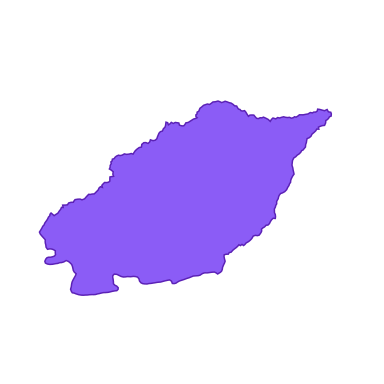 outline of Tapira, Minas Gerais, Brazil, rotated 138°
{"feature_id": "56859067B4018711092229", "entity_name": "Tapira", "entity_type": "district", "adm_level": 2, "iso_a3": "BRA", "parent_name": "Brazil", "parent_adm1": "Minas Gerais", "projection": "mercator", "projection_center": [-46.869, -19.913], "detail": "fine", "context": "isolated", "style": "filled", "palette": "violet", "viewbox_px": 384, "rotation_deg": 138, "n_neighbors": 0, "source": "geoboundaries", "source_scale": "gbopen_adm2", "svg_char_len": 5332}
<svg xmlns="http://www.w3.org/2000/svg" viewBox="0 0 384 384"><g transform="rotate(138 192 192)"><path d="M96.3,148.1L93.6,149.2L91.3,148.8L89.2,149.0L86.6,148.6L84.4,148.8L82.9,149.4L81.4,148.9L79.6,149.2L77.6,149.5L75.8,151.2L73.8,152.3L72.4,153.5L70.7,154.7L68.6,153.9L66.3,153.8L64.2,154.7L61.2,154.6L59.0,154.7L57.2,155.3L55.7,153.8L54.7,155.6L53.0,155.1L50.9,154.2L48.9,152.8L46.5,153.9L44.7,155.6L42.9,155.2L41.0,155.4L39.6,155.9L37.8,155.3L36.2,156.8L35.5,158.4L37.0,160.3L36.4,162.9L39.1,163.7L40.5,165.8L41.9,168.0L43.2,169.5L44.6,168.4L46.6,168.6L48.0,169.9L49.6,170.2L50.9,171.9L53.6,172.4L55.6,173.7L57.8,175.0L59.3,176.4L60.5,177.5L62.6,177.6L64.6,178.0L65.4,179.3L67.1,179.5L68.8,180.4L69.6,182.3L71.1,183.3L72.5,184.9L73.6,186.6L75.7,187.7L77.4,188.4L78.5,190.0L80.8,190.3L82.3,192.8L84.4,192.8L86.6,192.1L86.8,194.9L87.7,197.3L88.8,199.8L90.5,200.4L91.7,201.6L93.5,202.1L94.7,203.5L94.7,205.8L94.6,207.8L95.9,209.1L97.5,210.4L99.4,210.5L99.0,213.1L98.5,215.5L98.5,217.3L100.1,218.2L101.2,219.6L101.1,221.2L102.0,222.6L101.7,224.4L101.3,226.0L102.7,227.6L102.8,229.4L103.4,231.8L104.7,233.7L105.7,235.7L106.7,237.3L108.6,237.9L110.2,238.7L110.9,240.5L111.8,242.2L114.2,243.4L116.2,244.9L118.2,245.0L120.4,245.3L121.7,247.1L123.3,247.8L125.4,248.7L127.8,248.7L130.1,248.9L132.9,247.5L134.8,247.9L135.9,246.7L137.5,246.7L138.6,245.4L138.5,243.8L140.0,244.2L142.1,245.2L145.1,245.7L148.2,246.2L150.3,247.5L152.1,246.9L153.8,246.7L155.2,247.8L156.6,250.1L155.6,252.1L156.6,253.3L157.9,254.9L160.1,255.5L160.8,257.6L163.0,257.4L164.6,257.7L163.7,259.8L164.6,261.3L165.9,260.2L167.2,259.1L168.9,258.2L170.8,258.2L173.2,257.1L175.1,258.0L177.2,257.8L179.1,256.9L180.8,256.1L182.5,255.1L184.7,255.1L186.6,256.2L188.0,258.6L189.9,257.5L192.2,257.5L193.2,259.6L194.8,260.9L197.5,261.0L199.5,259.2L201.5,260.4L204.7,260.7L206.8,260.6L208.7,260.1L210.5,259.6L211.4,261.3L213.3,262.2L215.4,263.7L216.8,265.6L219.2,266.1L221.1,267.2L221.9,268.5L224.0,269.2L225.9,269.3L227.6,268.9L229.2,269.7L230.5,268.6L232.2,268.6L232.9,267.2L235.0,266.5L236.4,265.1L238.0,264.4L237.4,262.4L237.0,259.8L238.9,258.2L239.8,256.1L241.4,257.2L242.9,258.1L244.4,256.6L245.7,255.1L247.4,255.1L249.1,256.1L250.6,257.6L252.6,257.5L254.5,257.3L255.5,255.4L256.5,257.2L258.3,257.2L260.4,256.3L262.2,256.2L263.9,256.1L265.9,256.0L267.7,257.4L269.2,258.2L270.3,259.4L272.2,259.3L274.2,259.1L276.4,258.8L279.0,259.8L279.9,261.6L281.7,263.1L284.0,264.6L285.7,264.3L287.1,263.8L288.8,265.3L291.0,266.4L293.1,265.8L295.1,267.2L296.9,268.8L298.1,266.7L299.3,267.9L301.2,267.0L303.2,266.7L305.9,266.0L308.6,266.5L310.3,266.7L310.5,268.6L310.8,270.7L312.4,270.5L313.6,269.5L315.4,269.4L317.3,268.6L319.0,268.1L320.5,267.8L322.2,267.4L324.0,266.5L325.8,266.4L327.5,265.7L329.7,265.0L332.2,264.3L332.9,262.2L333.0,259.8L333.0,257.4L333.0,254.7L334.2,253.5L335.2,252.2L336.0,250.6L337.4,248.6L337.7,246.1L335.6,244.8L334.4,243.4L333.6,242.0L332.9,239.8L334.4,238.2L335.3,236.8L337.0,236.4L339.0,237.2L340.8,238.2L342.2,239.5L343.7,240.2L345.5,240.0L347.7,239.0L348.5,237.3L347.7,235.3L346.2,233.4L344.1,231.7L341.3,230.0L339.6,228.8L337.6,228.0L336.1,226.8L334.0,225.8L331.4,225.3L330.3,223.1L330.0,221.1L329.9,218.7L330.7,216.6L331.7,214.8L332.7,213.1L333.1,211.0L332.8,208.8L334.6,207.8L336.2,207.3L337.9,206.7L339.6,206.1L341.4,205.3L343.1,204.1L345.2,202.3L347.3,201.0L348.1,199.0L348.4,197.2L347.2,195.7L346.5,194.2L344.9,191.5L343.3,189.5L341.8,188.0L340.1,186.7L338.6,185.4L337.1,184.4L335.1,182.8L333.6,181.4L332.3,180.4L330.4,179.5L328.8,178.5L327.4,177.8L325.3,176.6L323.5,175.1L321.4,173.5L319.4,172.4L317.5,171.4L315.4,170.1L313.9,169.0L312.1,169.1L310.9,170.2L310.9,172.4L311.7,174.4L311.8,176.3L310.3,178.1L308.9,180.1L307.9,181.8L306.7,182.9L304.7,183.0L302.9,181.0L302.0,178.7L301.2,176.7L300.0,174.9L298.6,173.7L296.5,172.3L294.3,170.1L292.0,168.5L290.6,167.0L289.4,165.2L289.5,163.0L290.6,160.9L290.7,158.7L289.9,156.8L288.4,155.1L286.9,153.7L285.3,152.8L283.6,151.5L281.7,150.3L280.2,149.3L278.4,148.2L277.0,147.2L275.6,146.1L273.8,145.2L271.6,144.1L269.5,142.9L267.5,141.7L266.9,139.5L267.8,137.2L266.6,135.9L265.0,135.0L263.2,134.8L260.9,134.3L258.9,133.4L256.2,132.2L253.6,131.2L251.5,130.2L249.5,129.5L247.3,128.7L245.3,127.2L243.4,125.7L241.7,124.8L240.0,124.6L238.5,124.3L236.6,123.4L234.8,121.7L233.0,120.5L230.8,119.0L228.9,117.5L228.2,115.8L227.8,113.9L226.1,113.6L224.5,113.3L222.9,113.4L221.3,114.2L219.8,115.5L217.3,116.7L215.3,117.5L213.7,118.4L212.7,120.4L211.4,122.6L210.1,123.8L208.4,123.0L206.6,121.5L204.8,122.1L203.3,121.1L200.5,121.4L198.3,121.3L196.4,121.1L194.4,121.1L192.4,121.4L191.9,119.8L189.9,119.6L189.5,117.7L187.9,117.6L185.8,117.9L183.2,117.3L180.9,117.2L178.7,117.4L175.9,118.3L173.8,117.3L172.6,115.8L171.0,115.0L169.4,115.3L167.8,115.7L166.3,116.4L165.2,117.9L163.5,117.9L161.4,117.5L159.1,117.7L157.7,116.6L155.6,116.7L153.7,117.5L151.6,118.1L149.3,118.2L147.8,116.6L146.5,117.7L145.1,119.6L144.6,121.4L143.4,122.8L142.1,124.3L140.3,124.9L138.7,126.0L137.0,126.5L135.6,128.2L134.2,128.8L132.5,129.3L131.0,130.4L129.4,131.2L127.2,131.6L125.4,130.8L122.9,130.2L120.1,130.4L117.8,131.4L115.7,131.9L114.2,132.8L112.3,133.2L111.2,134.3L109.8,135.2L108.1,135.9L106.5,136.5L104.2,137.0L103.0,139.1L102.0,140.9L101.0,142.4L99.7,145.1L98.1,146.5L96.3,148.1Z" fill="#8b5cf6" stroke="#5b21b6" stroke-width="1.5"/></g></svg>